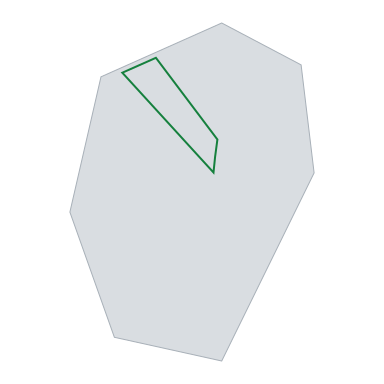 where Baiti sits in Nauru
{"feature_id": "NRU-4976", "entity_name": "Baiti", "entity_type": "state/province", "adm_level": 1, "iso_a3": "NRU", "parent_name": "Nauru", "parent_adm1": "", "projection": "natural_earth1", "projection_center": [166.929, -0.506], "detail": "fine", "context": "in_parent", "style": "outline", "palette": "green", "viewbox_px": 384, "rotation_deg": 0, "n_neighbors": 0, "source": "natural_earth", "source_scale": "10m", "svg_char_len": 350}
<svg xmlns="http://www.w3.org/2000/svg" viewBox="0 0 384 384"><path d="M314.1,172.9L221.7,361.0L114.4,337.3L69.9,212.1L101.0,76.8L221.7,23.0L301.1,64.9L314.1,172.9Z" fill="#d9dde1" stroke="#a8b0b8" stroke-width="1"/><path d="M122.3,72.7L155.9,57.8L217.4,139.5L215.1,156.8L213.5,172.5L122.3,72.7Z" fill="none" stroke="#15803d" stroke-width="2"/></svg>